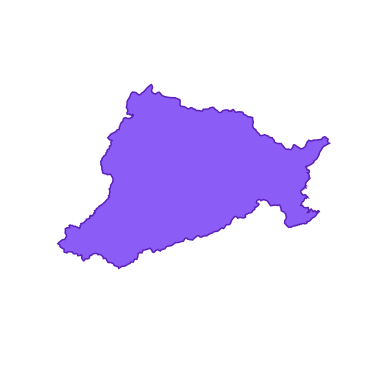 the district of Fresno, Tolima, Colombia, rotated 220°
{"feature_id": "7082276B32656810983952", "entity_name": "Fresno", "entity_type": "district", "adm_level": 2, "iso_a3": "COL", "parent_name": "Colombia", "parent_adm1": "Tolima", "projection": "robinson", "projection_center": [-75.055, 5.192], "detail": "fine", "context": "isolated", "style": "filled", "palette": "violet", "viewbox_px": 384, "rotation_deg": 220, "n_neighbors": 0, "source": "geoboundaries", "source_scale": "gbopen_adm2", "svg_char_len": 6034}
<svg xmlns="http://www.w3.org/2000/svg" viewBox="0 0 384 384"><g transform="rotate(220 192 192)"><path d="M95.4,227.0L95.2,227.6L93.5,228.6L92.5,231.3L91.4,231.9L91.0,233.3L90.1,233.8L89.9,235.0L88.7,235.8L88.7,237.0L87.8,237.3L86.9,239.2L84.9,240.4L84.1,241.6L84.1,242.4L84.8,243.1L84.2,243.7L83.2,245.8L83.1,249.4L82.1,251.9L82.0,254.0L82.3,255.7L82.0,258.9L83.2,258.9L83.6,258.4L83.6,256.4L86.0,256.7L86.6,254.9L89.7,255.6L90.0,254.8L89.4,251.7L90.0,250.6L90.4,250.5L90.4,252.5L91.6,253.9L93.0,254.8L93.5,254.5L94.3,253.2L96.7,252.1L98.6,252.7L100.3,251.7L100.5,253.6L101.3,254.9L101.3,255.5L100.6,256.3L101.5,259.6L101.2,260.2L100.4,260.6L100.7,261.6L99.9,262.1L100.3,262.1L100.6,262.7L101.6,262.4L102.8,262.8L103.0,262.2L103.8,262.4L104.6,261.1L107.2,261.3L108.5,261.8L109.5,263.1L108.9,264.4L109.0,265.3L108.4,266.2L109.0,266.6L108.6,267.6L107.4,268.4L109.1,268.9L109.1,269.8L108.5,270.3L109.6,270.5L110.3,271.1L110.5,272.3L110.9,272.5L110.5,278.4L111.6,278.3L112.3,279.6L114.0,280.7L115.8,280.9L114.8,282.2L115.8,283.8L117.4,283.7L118.0,283.0L119.6,284.0L120.0,284.6L121.1,284.5L120.5,286.2L120.0,286.4L119.1,288.1L117.9,291.8L118.0,293.7L118.5,294.1L117.7,297.6L118.7,302.6L119.5,303.4L120.6,311.1L118.1,317.7L119.5,317.4L121.1,318.1L121.4,319.6L122.3,320.2L123.5,319.6L124.8,320.0L125.8,319.7L126.8,318.0L126.6,315.6L130.6,311.2L132.4,309.8L133.1,308.0L135.9,306.5L135.9,304.2L134.4,299.4L135.0,297.0L135.9,295.4L137.1,294.9L139.3,294.7L141.1,294.2L142.9,294.3L144.3,293.7L144.5,293.0L143.5,291.0L143.5,288.0L144.4,287.3L145.8,286.9L146.5,285.8L147.3,285.4L148.6,285.2L155.0,286.4L157.3,284.4L160.4,283.1L162.8,284.6L164.0,284.6L165.4,285.2L167.7,283.6L169.2,283.9L173.1,282.6L174.9,280.0L176.2,279.1L178.3,279.8L179.9,279.7L182.4,280.2L183.3,280.7L185.7,280.4L187.4,281.2L188.9,282.7L189.8,284.9L191.9,286.3L193.4,288.0L196.1,286.7L197.3,285.6L200.1,285.5L201.9,284.8L203.7,285.5L204.9,285.5L207.2,284.0L210.0,281.0L213.2,281.7L213.7,281.5L214.0,280.6L213.6,279.3L214.9,279.0L215.5,277.4L217.1,278.0L219.3,276.1L220.7,274.1L220.9,271.9L222.1,270.5L223.2,270.2L224.9,270.7L226.4,270.2L229.8,270.6L230.7,270.2L232.4,267.9L232.7,266.1L236.5,262.7L236.3,260.3L239.2,258.8L241.2,257.1L242.7,257.4L244.4,256.5L245.7,256.6L247.2,255.9L248.0,253.3L252.6,252.5L255.8,250.5L257.3,251.1L259.5,254.1L260.3,254.7L261.0,254.8L264.3,253.6L265.2,253.5L270.3,249.7L274.2,247.5L277.0,246.7L281.1,247.5L282.1,246.4L282.9,243.9L284.7,242.8L287.1,242.9L287.8,243.3L288.5,244.2L289.3,246.6L291.5,248.1L292.4,248.0L293.3,243.0L293.4,237.3L294.0,236.0L294.4,232.8L295.1,232.2L298.9,232.1L301.7,230.5L302.0,229.2L301.7,227.1L300.9,225.6L300.1,220.3L299.5,219.0L298.6,218.2L296.6,214.6L294.6,214.0L292.9,212.4L292.9,211.1L291.9,210.0L291.4,210.1L291.1,210.7L290.0,211.4L289.6,211.2L289.3,211.7L287.5,211.7L287.4,212.2L286.8,212.5L287.3,213.2L287.2,213.4L286.4,213.2L285.9,211.6L286.2,210.1L286.7,209.5L286.7,208.5L288.8,206.9L290.9,206.1L291.5,205.2L291.4,203.4L290.2,201.3L290.9,200.1L290.3,197.5L289.7,196.6L289.5,195.3L288.0,193.2L289.3,191.5L289.2,189.1L291.3,184.4L291.4,179.4L288.8,179.0L286.4,180.0L286.1,177.9L284.3,176.4L284.2,175.1L284.8,174.3L283.1,172.0L283.2,171.4L283.7,171.0L283.8,169.9L283.6,168.9L282.9,168.4L283.1,167.1L282.8,166.3L282.0,165.4L282.7,162.5L282.4,161.4L282.6,160.1L281.6,158.5L281.7,157.4L281.2,156.2L280.7,156.0L279.1,154.2L278.1,154.1L275.2,151.1L273.7,150.6L273.5,149.9L272.4,149.2L270.2,150.1L269.2,151.1L268.3,150.8L267.7,151.1L265.8,153.2L261.6,151.8L260.6,151.0L259.0,148.3L258.8,145.4L257.2,142.6L257.4,141.1L255.4,139.8L253.1,136.1L253.4,135.4L252.1,135.2L252.4,133.8L251.8,132.9L252.3,131.5L252.3,127.7L253.1,123.5L253.6,122.7L253.5,122.1L254.0,121.7L253.8,119.4L254.6,117.9L254.1,117.2L254.0,115.8L254.6,115.1L253.4,114.4L253.0,113.8L253.7,113.0L253.0,111.8L253.0,110.4L253.4,110.1L253.1,109.3L253.5,108.9L254.2,109.1L254.8,108.7L254.5,107.2L253.5,106.5L254.8,103.6L255.4,103.3L254.7,102.3L255.2,100.7L255.0,99.6L255.8,97.7L256.7,96.5L256.2,96.4L256.0,94.3L255.4,93.7L254.8,91.8L257.5,91.3L258.2,90.7L259.3,90.8L260.7,89.5L262.2,89.5L263.5,88.4L264.3,88.3L264.5,87.2L263.7,86.9L262.9,86.0L264.8,84.3L265.4,82.3L264.1,81.0L262.8,79.0L260.6,78.4L259.6,77.4L259.1,73.7L260.6,72.1L261.5,68.2L261.6,66.1L259.3,66.6L258.3,65.5L257.3,65.2L253.1,65.9L251.6,63.9L251.0,63.8L249.5,64.7L248.7,64.8L248.5,66.5L247.0,67.9L244.8,69.1L243.5,68.5L242.1,69.1L241.3,70.4L240.6,70.6L239.8,70.7L238.7,69.8L236.8,71.5L236.7,72.4L236.3,72.7L234.9,72.2L234.5,70.8L233.9,70.3L231.0,69.5L230.5,70.2L230.7,72.4L228.9,73.7L228.3,74.9L228.4,75.9L229.3,77.1L229.4,77.8L228.3,78.7L228.2,80.4L227.7,81.7L225.7,83.4L224.7,83.8L223.5,83.6L222.9,84.7L221.0,85.3L218.4,85.2L217.2,84.0L216.0,85.3L214.8,85.5L211.3,84.1L210.4,84.4L209.1,85.6L206.6,86.5L204.2,85.7L200.5,87.2L199.0,86.4L197.8,90.4L196.7,91.0L195.8,92.1L194.1,96.8L193.5,97.4L194.0,98.9L191.9,100.6L192.8,103.3L192.4,104.1L191.3,104.6L191.0,105.1L191.8,107.3L193.7,110.3L192.9,112.1L191.2,113.2L192.1,116.0L190.3,118.0L187.9,122.0L184.8,121.4L184.1,120.7L183.0,120.8L182.2,121.8L182.1,124.0L181.3,125.8L178.4,126.3L178.3,128.1L176.2,131.2L176.5,133.1L176.3,134.1L173.1,138.0L172.2,142.5L170.1,144.4L168.3,147.3L167.0,148.6L167.4,151.7L167.2,152.6L166.4,153.2L164.8,153.1L160.7,155.6L160.5,158.7L160.0,160.2L159.8,162.0L159.0,162.7L157.2,162.7L155.9,163.3L154.6,166.1L152.4,168.1L151.9,170.5L150.0,174.1L149.4,176.1L147.8,177.7L146.9,179.1L146.2,183.6L144.4,184.2L144.2,185.5L144.7,187.8L144.6,188.9L142.7,190.8L142.2,192.3L143.6,196.2L143.5,200.7L142.1,201.7L140.1,201.4L139.0,203.3L135.6,205.4L134.8,207.2L136.2,208.1L136.4,208.8L135.0,212.2L133.1,214.6L133.5,216.7L132.8,219.0L133.3,219.9L134.1,220.5L133.0,222.0L132.6,225.4L133.8,226.0L135.4,225.1L136.0,225.4L136.8,227.5L135.7,229.6L135.1,229.8L133.7,229.6L132.3,232.3L128.6,233.6L122.9,232.0L119.9,235.5L117.8,236.7L116.8,238.2L116.3,238.3L114.1,237.2L111.5,235.0L108.7,235.8L105.6,235.2L104.4,233.9L103.4,233.4L102.7,231.6L102.4,229.5L100.9,227.6L95.4,227.0Z" fill="#8b5cf6" stroke="#5b21b6" stroke-width="1.5"/></g></svg>